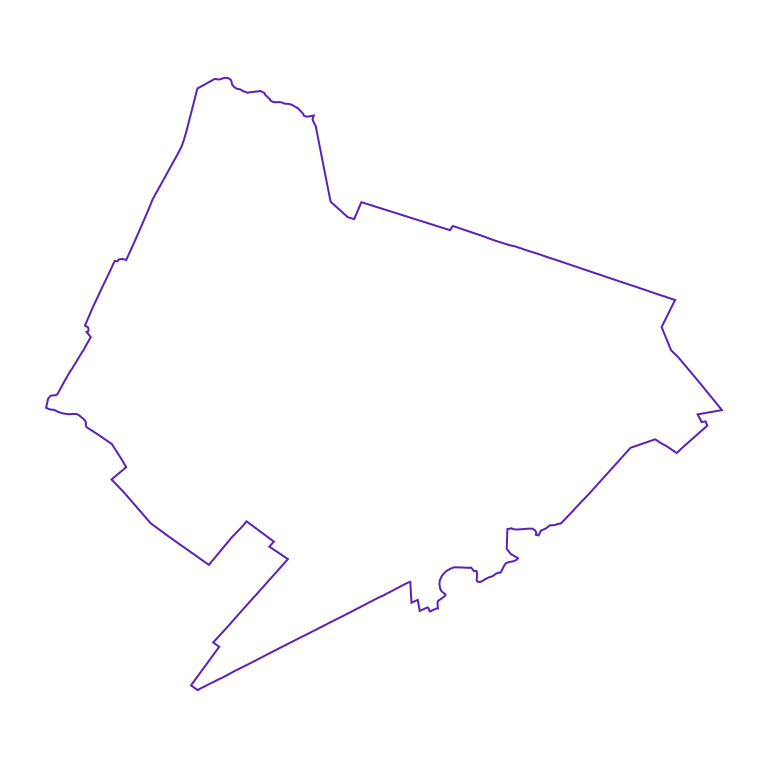 Finta, Dâmbovita, Romania
{"feature_id": "2599482B9190756992949", "entity_name": "Finta", "entity_type": "district", "adm_level": 2, "iso_a3": "ROU", "parent_name": "Romania", "parent_adm1": "Dâmbovita", "projection": "robinson", "projection_center": [25.777, 44.797], "detail": "fine", "context": "isolated", "style": "outline", "palette": "violet", "viewbox_px": 768, "rotation_deg": 0, "n_neighbors": 0, "source": "geoboundaries", "source_scale": "gbopen_adm2", "svg_char_len": 5045}
<svg xmlns="http://www.w3.org/2000/svg" viewBox="0 0 768 768"><path d="M500.6,572.6L502.7,568.7L504.1,565.8L505.9,563.2L508.6,562.1L513.3,561.3L516.3,560.0L518.0,558.2L516.3,557.1L514.9,556.5L513.5,555.5L511.1,554.3L506.7,548.9L507.4,529.0L510.7,528.6L511.5,528.2L513.6,529.3L517.5,529.5L528.0,528.7L532.5,528.7L535.0,530.3L536.4,532.7L535.9,534.8L536.4,534.9L538.6,535.4L540.9,530.6L545.9,528.4L549.9,525.3L553.5,525.2L555.8,524.9L556.9,524.1L560.9,523.5L569.6,514.4L573.9,509.9L574.6,509.0L579.5,503.8L589.5,493.3L603.2,478.1L609.1,471.6L630.5,447.8L635.8,446.0L655.1,439.3L661.3,443.3L666.8,446.3L668.1,447.2L676.7,453.0L677.0,452.7L681.9,448.2L684.4,445.9L707.3,425.6L705.8,422.1L705.7,421.6L705.6,421.4L702.9,421.8L701.9,422.0L701.6,422.1L698.4,415.8L697.6,414.4L721.9,410.1L699.7,382.8L678.3,357.3L671.1,350.3L661.6,327.1L675.1,299.9L671.9,299.0L665.3,296.7L664.7,296.5L663.5,296.1L661.7,295.6L650.7,291.9L646.6,290.4L645.8,290.2L644.3,289.6L638.2,287.7L637.5,287.3L624.6,283.1L613.9,279.5L609.2,277.9L607.0,277.2L606.5,277.0L602.8,275.8L602.6,275.6L602.0,275.4L592.0,272.1L591.4,271.9L567.2,263.7L560.9,261.6L560.3,261.3L559.9,261.2L559.7,261.2L558.4,260.7L556.5,260.1L553.6,259.1L550.6,258.2L533.8,252.5L531.5,251.9L524.0,249.4L523.5,249.3L523.0,249.0L521.5,248.5L521.2,248.4L519.5,247.8L518.7,247.6L518.4,247.5L516.4,246.9L515.2,246.4L514.6,246.3L509.6,245.2L495.3,240.7L488.6,238.3L481.9,235.8L479.1,234.8L477.5,234.3L470.4,231.9L457.3,227.5L455.9,227.0L455.0,226.7L453.0,226.0L452.5,226.3L450.1,230.2L441.8,227.6L414.0,218.8L361.4,202.2L354.2,219.1L347.8,217.2L337.2,207.6L330.6,201.7L329.6,196.7L319.7,146.5L315.7,126.0L313.7,122.3L312.5,119.2L313.1,117.3L313.8,115.5L310.5,116.1L309.3,116.5L306.1,116.6L303.8,115.6L303.1,113.8L301.1,111.6L298.1,108.4L292.4,105.1L291.9,104.9L290.4,104.3L288.4,103.9L284.2,103.6L281.7,102.4L279.0,102.1L275.2,102.3L272.5,101.7L270.3,100.3L269.8,99.0L268.7,98.3L267.8,97.2L265.3,95.0L264.4,93.0L260.5,91.0L256.9,91.5L249.4,92.3L247.8,92.8L242.5,90.9L240.6,89.5L236.6,88.6L234.0,86.9L232.1,84.5L231.2,80.4L229.7,78.9L226.8,77.8L224.1,78.0L220.9,79.1L218.7,79.5L214.8,78.9L197.4,88.5L186.5,131.0L183.9,139.9L181.9,145.7L181.2,147.3L177.5,154.4L169.6,168.6L159.2,187.5L152.7,199.2L148.6,209.3L141.8,225.1L137.9,234.0L134.6,241.4L132.0,247.3L126.2,260.0L124.4,259.5L122.9,259.0L121.9,259.1L121.4,259.1L120.8,259.1L119.2,259.4L118.3,259.9L117.8,261.0L116.9,261.2L115.9,261.2L114.9,260.8L113.1,264.2L111.9,267.1L107.7,275.9L103.1,285.4L101.1,289.6L97.0,298.4L93.1,306.6L92.3,308.5L85.0,325.5L85.4,325.9L85.8,326.2L86.3,326.5L87.1,326.7L87.6,326.9L87.8,327.2L88.0,327.5L88.2,328.1L88.5,328.7L88.4,329.4L88.3,330.1L88.3,330.7L88.2,331.4L87.9,331.8L86.6,332.0L86.9,332.4L87.8,333.6L88.6,334.4L89.2,335.2L89.5,335.6L90.5,336.7L90.7,337.0L90.7,337.3L90.5,337.6L86.9,343.8L86.3,345.0L83.8,349.5L83.7,349.9L81.2,353.5L77.4,359.9L76.9,360.5L76.7,361.1L75.9,362.4L73.8,365.7L73.4,366.4L73.2,366.8L72.4,368.2L70.3,371.2L68.6,374.0L66.2,378.3L63.0,383.9L57.7,393.7L57.0,394.6L56.2,395.0L55.5,395.2L54.6,395.3L53.6,395.4L50.8,395.6L48.1,398.7L46.1,407.8L48.7,408.9L50.5,409.6L54.0,409.8L56.1,410.8L57.6,411.7L60.7,412.7L62.2,413.3L68.0,414.1L70.8,414.2L73.5,413.9L76.8,414.1L79.2,415.4L81.6,417.4L83.4,418.8L85.1,420.6L85.9,422.6L85.8,423.7L85.9,425.9L86.7,427.3L94.2,432.1L94.4,432.2L97.8,434.4L111.8,444.0L121.6,459.3L126.2,467.2L118.8,473.4L111.5,479.5L124.3,492.8L150.8,523.4L171.6,538.6L208.9,564.9L231.8,537.3L242.2,526.6L246.5,521.3L251.9,525.3L273.3,541.2L273.9,541.6L269.3,546.6L287.9,559.1L271.0,578.1L267.6,581.9L256.9,593.9L254.4,596.7L253.8,597.3L251.6,599.7L235.4,617.9L229.1,625.1L223.9,630.8L219.1,636.0L213.2,642.4L219.2,646.8L191.0,685.4L197.8,690.2L198.4,689.7L199.2,689.1L205.3,686.0L219.3,679.0L221.2,678.2L227.6,674.9L228.9,674.1L234.7,671.0L245.5,665.6L246.2,665.3L276.2,649.8L287.9,643.9L303.7,635.8L303.8,635.8L304.4,635.6L305.4,635.1L305.9,634.8L309.8,632.8L322.4,626.4L330.7,622.1L332.6,621.2L345.3,614.8L365.3,604.5L368.2,602.9L372.5,600.7L377.0,598.4L380.8,596.5L382.0,596.0L383.5,595.4L384.0,595.1L387.4,593.3L395.0,589.3L401.9,585.7L404.2,584.5L407.1,583.0L408.2,582.5L408.8,582.3L409.3,582.2L409.8,582.1L410.3,582.0L410.7,588.6L410.9,593.6L411.1,596.5L411.2,598.2L411.3,599.4L411.5,602.7L417.7,599.9L418.6,604.7L418.8,605.6L419.7,610.9L427.4,607.5L427.9,607.5L428.1,607.6L429.6,611.1L430.0,611.5L430.5,611.4L432.1,610.4L434.8,609.2L435.9,608.8L437.1,608.4L438.0,608.4L437.8,607.6L437.5,602.5L437.8,601.7L438.2,600.8L442.1,598.2L444.5,596.2L445.3,595.4L445.5,594.9L445.4,594.4L444.0,593.2L442.3,592.0L440.9,590.4L440.7,589.7L440.1,588.1L440.0,587.8L439.4,583.9L439.8,580.5L441.7,576.2L444.2,573.2L446.3,571.1L450.7,568.6L454.1,567.3L459.6,567.4L466.4,567.7L469.4,567.9L470.4,567.5L470.9,567.6L472.0,568.6L473.8,570.9L474.8,571.1L476.0,570.8L476.6,571.2L477.1,574.6L476.8,578.3L476.7,580.5L477.5,581.6L479.6,582.1L482.1,581.2L484.8,579.4L488.9,577.3L491.8,576.6L493.7,575.4L496.1,573.6L498.1,572.8L498.8,572.7L500.0,572.7L500.6,572.6Z" fill="none" stroke="#5b21b6" stroke-width="2"/></svg>